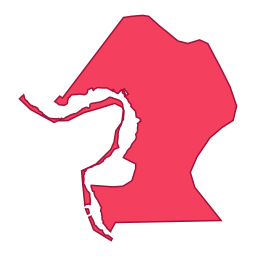 Zemam Out, Al Bahr al Ahmar, Egypt (orthographic projection)
{"feature_id": "37247803B70962807620148", "entity_name": "Zemam Out", "entity_type": "district", "adm_level": 2, "iso_a3": "EGY", "parent_name": "Egypt", "parent_adm1": "Al Bahr al Ahmar", "projection": "orthographic", "projection_center": [32.567, 25.936], "detail": "fine", "context": "isolated", "style": "filled", "palette": "rose", "viewbox_px": 256, "rotation_deg": 0, "n_neighbors": 0, "source": "geoboundaries", "source_scale": "gbopen_adm2", "svg_char_len": 5705}
<svg xmlns="http://www.w3.org/2000/svg" viewBox="0 0 256 256"><path d="M97.8,87.6L103.3,88.0L104.5,88.0L105.1,87.9L107.1,88.0L111.5,90.3L112.7,89.9L113.2,89.6L113.5,89.6L113.7,89.8L113.2,90.6L113.8,90.9L113.5,91.1L113.8,91.1L117.2,93.5L118.2,93.3L118.4,93.2L119.6,91.6L120.5,90.9L121.4,89.7L121.6,89.7L122.3,90.5L122.4,92.6L122.8,92.9L123.2,93.6L123.5,93.6L124.3,93.9L124.3,95.2L124.8,96.6L125.2,96.9L126.0,97.2L126.4,97.9L126.7,98.6L127.5,99.0L127.8,99.3L127.9,100.2L128.9,102.2L129.5,102.8L129.9,103.1L130.9,104.3L131.3,105.4L131.1,105.9L130.8,106.2L130.9,106.5L131.3,106.6L131.6,107.1L132.3,107.9L133.5,109.3L135.0,110.6L135.3,111.2L135.6,111.9L135.9,113.6L136.2,116.9L138.2,117.7L139.2,118.2L140.2,119.1L140.8,120.3L140.9,121.2L140.4,121.5L139.6,121.4L139.5,122.0L138.5,122.9L137.5,123.5L138.0,124.3L137.9,125.5L137.5,127.7L137.4,128.3L137.6,129.1L137.6,129.9L137.3,131.8L137.0,132.6L135.7,134.2L135.7,134.7L136.1,135.4L136.3,136.9L136.3,137.4L135.9,139.0L134.8,140.7L133.4,142.3L131.6,144.7L131.3,145.6L130.5,147.8L129.3,148.4L128.9,149.0L128.1,149.9L127.4,150.7L126.4,152.8L125.5,154.2L124.4,155.5L123.3,157.5L125.2,158.6L135.7,163.9L135.6,168.7L131.9,180.7L123.0,186.2L113.0,186.9L91.3,185.3L91.1,185.7L91.1,186.7L91.6,188.0L92.2,190.0L92.3,190.6L92.6,191.2L93.5,191.2L93.8,191.2L94.0,191.4L94.3,192.0L94.0,192.9L94.6,195.0L95.0,196.1L95.5,197.1L96.4,198.1L96.4,198.4L96.9,199.1L97.6,199.9L98.0,200.6L98.1,201.2L99.5,203.6L99.8,204.2L100.5,206.1L101.2,207.0L101.4,207.5L101.5,207.7L100.9,209.1L101.0,209.6L100.6,211.0L100.7,211.4L101.3,211.9L101.6,212.8L101.6,214.3L102.1,216.4L102.1,217.3L102.0,218.4L102.3,219.8L102.5,220.3L103.6,221.4L103.3,222.1L102.9,222.9L103.6,223.7L104.4,224.5L105.1,225.4L105.3,225.9L105.9,226.5L107.1,228.2L107.2,228.4L108.1,229.3L108.6,229.6L109.4,230.4L109.5,230.9L109.7,231.1L110.6,231.7L110.7,231.0L115.3,222.5L221.1,220.5L194.7,187.3L190.3,172.3L197.0,156.8L209.8,137.9L222.4,127.2L233.1,120.5L236.6,106.1L230.1,86.9L219.7,66.1L212.7,53.0L207.8,43.6L199.6,39.9L187.9,43.5L177.9,41.0L168.4,33.1L159.4,25.9L148.7,16.3L142.8,15.4L131.7,16.3L123.5,17.5L62.5,98.0L59.7,96.1L54.7,101.5L57.7,103.5L58.9,104.7L61.0,104.9L63.8,105.4L64.5,105.2L66.1,104.4L66.9,103.8L67.1,103.3L67.4,102.9L67.8,99.8L68.3,98.9L68.2,98.6L68.4,97.8L70.2,96.6L70.6,95.3L71.4,95.0L72.0,94.8L75.1,94.5L77.7,94.4L79.7,93.9L81.1,94.2L82.0,94.3L83.3,94.6L84.0,94.7L84.6,94.7L85.9,94.1L86.3,93.8L87.3,92.7L87.6,90.7L87.8,90.1L88.3,89.5L89.4,89.2L90.1,88.7L90.7,88.5L91.2,88.3L91.8,88.2L92.4,88.2L92.5,88.4L93.1,90.2L93.2,90.3L93.6,90.4L94.4,89.2L94.8,88.8L95.6,88.6L96.6,87.9L97.2,87.7L97.8,87.6ZM128.3,94.0L125.8,95.9L124.6,92.1L123.0,89.7L124.3,88.8L128.3,94.0ZM23.6,94.9L19.4,98.8L30.6,109.5L54.1,122.4L57.8,120.8L67.9,120.6L84.0,112.6L98.0,108.6L114.8,103.4L122.5,107.4L122.8,108.9L123.3,110.2L122.1,120.6L121.8,121.0L121.7,122.5L115.9,130.7L114.0,142.2L110.7,149.6L96.0,164.1L81.6,170.8L82.9,186.3L83.0,186.5L84.9,205.4L85.8,204.5L86.6,204.3L87.3,204.3L88.3,203.9L89.0,204.2L90.2,204.5L90.0,202.8L90.4,201.5L90.0,198.0L89.7,196.6L89.8,195.2L89.6,193.2L88.4,191.8L87.2,190.8L86.5,189.4L85.9,188.4L84.3,184.6L83.5,183.6L83.4,183.2L83.7,182.5L83.8,182.0L83.8,180.4L84.0,178.0L83.8,177.7L83.2,177.2L83.4,176.8L83.7,176.7L83.7,176.3L83.8,176.0L83.6,175.1L84.3,174.1L84.4,173.6L84.5,172.9L84.1,171.6L84.1,171.4L85.7,171.1L85.9,170.8L86.3,169.6L86.7,168.9L87.0,168.8L88.0,168.1L90.2,167.4L92.1,166.9L93.1,166.0L96.2,164.7L99.0,163.9L100.1,163.3L103.0,161.3L103.5,160.7L103.5,160.1L103.7,159.6L104.0,159.3L105.0,158.8L105.0,158.6L104.8,158.2L106.5,157.3L107.9,156.7L109.0,156.3L110.9,154.5L111.7,152.8L114.1,149.5L114.7,149.1L116.4,148.5L117.3,148.0L117.7,148.0L118.4,147.6L118.8,147.2L118.0,145.2L117.3,143.5L117.3,143.1L118.0,137.0L118.1,136.5L118.0,134.4L118.1,132.9L118.3,131.8L119.8,127.2L120.8,125.5L121.7,123.4L121.9,122.0L121.8,121.3L121.9,121.1L122.5,120.8L122.8,120.4L123.5,119.1L123.4,118.2L123.4,117.5L123.6,116.0L123.7,115.2L123.9,112.8L124.0,110.9L123.8,110.1L123.6,109.6L122.9,107.3L122.6,104.7L122.3,103.7L121.2,101.9L121.1,101.7L120.2,101.0L119.0,100.2L115.2,98.9L113.3,98.4L112.2,97.7L110.9,97.4L110.3,97.4L109.5,97.2L105.4,99.9L102.8,100.9L101.3,101.7L98.4,102.3L96.0,102.7L94.9,103.0L93.5,103.1L91.4,103.5L90.7,103.8L90.0,104.5L89.9,106.5L89.5,107.6L89.0,107.9L88.6,108.0L88.2,108.0L87.1,107.4L86.6,107.3L85.5,107.5L84.0,108.2L82.3,108.8L80.9,110.3L79.4,111.2L77.8,112.5L76.6,113.2L75.6,113.6L74.5,113.6L74.2,113.7L72.9,114.3L71.8,114.5L70.6,115.0L69.2,115.6L67.6,116.5L66.3,117.0L65.2,117.9L64.2,118.6L63.6,118.8L62.6,118.9L61.9,118.4L61.5,118.2L60.9,118.7L61.3,119.5L59.9,119.9L59.5,119.5L59.2,118.8L59.0,118.7L58.8,118.6L58.1,118.6L56.6,118.9L55.9,118.8L53.8,118.6L52.0,118.6L49.1,118.2L45.5,115.8L44.8,115.3L44.5,115.0L44.1,114.8L43.4,115.4L42.9,115.2L42.7,114.9L42.9,113.4L41.7,112.3L41.3,112.0L40.5,111.5L39.2,111.0L39.0,110.8L38.6,109.9L37.7,108.5L37.4,108.1L35.9,107.2L35.5,107.0L35.2,106.8L34.2,106.5L33.8,106.6L33.3,106.8L32.8,106.6L32.7,106.4L32.7,106.0L32.1,105.6L31.2,105.4L30.4,104.9L29.9,104.4L28.2,102.6L27.4,101.4L26.8,100.8L26.2,100.5L25.1,99.4L24.4,98.0L24.0,95.9L23.9,96.0L23.8,95.6L23.6,94.9ZM111.2,240.6L112.2,238.6L110.8,237.5L110.2,237.2L109.9,236.7L109.2,236.4L108.3,235.4L107.3,235.3L105.7,235.2L104.4,234.4L103.9,233.6L103.4,232.9L102.9,232.2L102.3,230.2L101.8,230.3L99.6,229.7L98.2,228.4L97.0,227.3L96.8,226.7L95.8,225.7L94.5,224.9L94.2,224.6L94.2,223.5L93.9,222.8L93.8,222.1L92.9,220.1L92.5,219.0L92.0,218.2L91.3,217.4L91.1,217.0L91.1,216.3L89.7,217.0L88.7,217.2L93.7,229.8L111.2,240.6ZM87.7,214.6L87.7,214.2L87.8,214.2L89.3,213.0L88.5,209.5L88.0,208.9L87.6,208.8L86.2,209.2L85.2,208.3L87.7,214.6Z" fill="#f43f5e" stroke="#9f1239" stroke-width="1.5"/></svg>